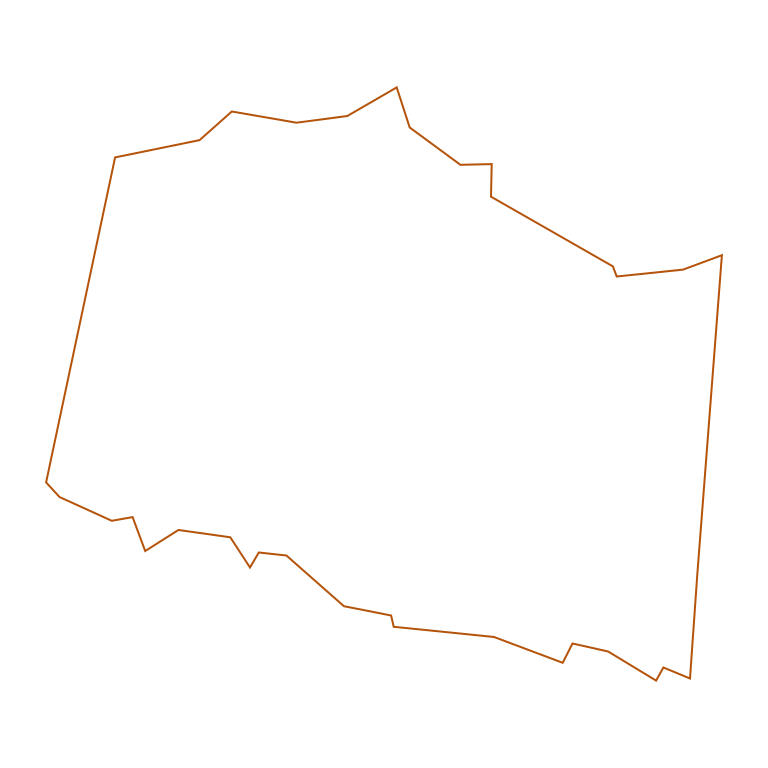 Lunenburg, Virginia, United States of America
{"feature_id": "52423323B20701637265595", "entity_name": "Lunenburg", "entity_type": "district", "adm_level": 2, "iso_a3": "USA", "parent_name": "United States of America", "parent_adm1": "Virginia", "projection": "orthographic", "projection_center": [-78.234, 36.948], "detail": "fine", "context": "isolated", "style": "outline", "palette": "amber", "viewbox_px": 768, "rotation_deg": 0, "n_neighbors": 0, "source": "geoboundaries", "source_scale": "gbopen_adm2", "svg_char_len": 556}
<svg xmlns="http://www.w3.org/2000/svg" viewBox="0 0 768 768"><path d="M721.9,255.2L683.1,269.6L616.7,276.5L612.9,266.4L491.0,196.7L491.7,164.1L460.4,164.8L409.7,127.5L396.7,87.4L347.3,116.0L296.4,122.7L231.8,111.5L199.6,140.1L115.1,157.4L46.1,482.4L59.6,497.1L111.8,520.8L132.6,517.1L145.2,551.0L178.4,530.0L230.3,537.3L250.0,567.5L258.8,552.5L286.4,555.5L343.9,606.2L391.1,615.5L393.7,626.8L494.0,637.0L562.7,662.8L572.5,643.5L608.1,651.5L656.1,680.6L663.4,667.5L690.0,678.5L697.4,573.1L721.9,255.2Z" fill="none" stroke="#b45309" stroke-width="2"/></svg>